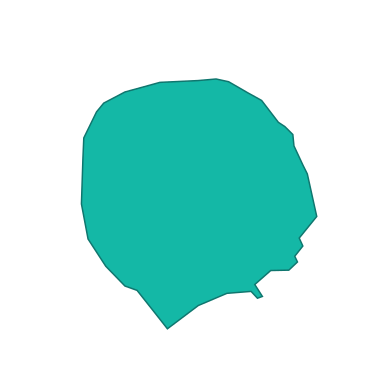 outline of Nomwin, Federated States of Micronesia, rotated 139°
{"feature_id": "79324940B5311859282342", "entity_name": "Nomwin", "entity_type": "district", "adm_level": 2, "iso_a3": "FSM", "parent_name": "Federated States of Micronesia", "parent_adm1": "", "projection": "equal_earth", "projection_center": [151.746, 8.431], "detail": "fine", "context": "isolated", "style": "filled", "palette": "teal", "viewbox_px": 384, "rotation_deg": 139, "n_neighbors": 0, "source": "geoboundaries", "source_scale": "gbopen_adm2", "svg_char_len": 605}
<svg xmlns="http://www.w3.org/2000/svg" viewBox="0 0 384 384"><g transform="rotate(139 192 192)"><path d="M298.0,153.8L299.3,125.4L300.3,104.9L261.7,102.2L232.1,92.6L212.6,78.2L212.3,68.9L207.4,67.0L205.3,81.0L184.1,81.1L170.2,69.5L158.3,70.0L156.6,76.1L143.8,78.5L141.3,86.9L113.9,91.7L93.1,130.0L90.7,139.3L84.8,159.9L78.2,169.2L79.0,180.4L81.1,187.9L79.4,215.4L85.0,230.8L92.0,251.2L99.7,261.5L114.3,272.1L144.3,295.8L177.0,311.5L200.3,317.0L211.5,315.1L238.2,303.8L252.4,288.8L283.3,255.5L301.3,224.7L305.8,192.5L304.3,165.0L298.0,153.8Z" fill="#14b8a6" stroke="#0f766e" stroke-width="1.5"/></g></svg>